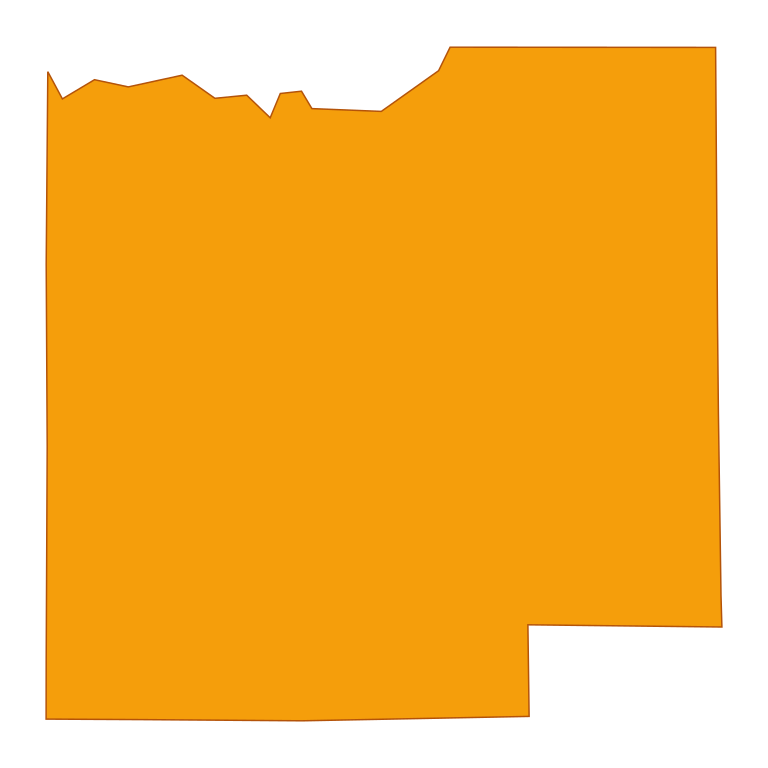 Dubois, Indiana, United States of America
{"feature_id": "52423323B15239481819744", "entity_name": "Dubois", "entity_type": "district", "adm_level": 2, "iso_a3": "USA", "parent_name": "United States of America", "parent_adm1": "Indiana", "projection": "robinson", "projection_center": [-86.913, 38.365], "detail": "fine", "context": "isolated", "style": "filled", "palette": "amber", "viewbox_px": 768, "rotation_deg": 0, "n_neighbors": 0, "source": "geoboundaries", "source_scale": "gbopen_adm2", "svg_char_len": 448}
<svg xmlns="http://www.w3.org/2000/svg" viewBox="0 0 768 768"><path d="M301.5,91.2L280.3,93.5L270.2,117.8L246.7,95.2L214.9,98.3L182.1,75.2L128.2,86.9L94.5,79.7L62.4,98.9L47.8,71.7L46.2,264.0L47.2,446.6L46.2,659.2L46.1,719.1L141.5,719.6L302.4,720.8L529.1,716.4L527.9,624.8L721.9,627.0L721.0,595.7L718.4,412.7L717.5,321.5L715.6,47.4L450.1,47.2L438.6,70.7L381.3,111.4L311.9,108.6L301.5,91.2Z" fill="#f59e0b" stroke="#b45309" stroke-width="1.5"/></svg>